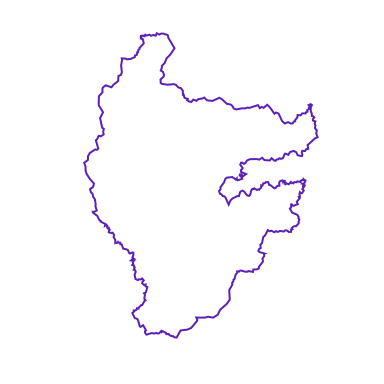 outline of Sardinata, Norte de Santander, Colombia, rotated 12°
{"feature_id": "7082276B13040058955326", "entity_name": "Sardinata", "entity_type": "district", "adm_level": 2, "iso_a3": "COL", "parent_name": "Colombia", "parent_adm1": "Norte de Santander", "projection": "mercator", "projection_center": [-72.77, 8.259], "detail": "fine", "context": "isolated", "style": "outline", "palette": "violet", "viewbox_px": 384, "rotation_deg": 12, "n_neighbors": 0, "source": "geoboundaries", "source_scale": "gbopen_adm2", "svg_char_len": 6010}
<svg xmlns="http://www.w3.org/2000/svg" viewBox="0 0 384 384"><g transform="rotate(12 192 192)"><path d="M99.1,232.0L99.8,233.0L104.3,235.0L107.2,238.7L108.6,239.1L108.7,240.0L114.0,241.3L113.9,243.2L115.2,242.1L116.3,242.8L116.4,244.2L117.1,244.2L117.3,244.9L118.0,244.4L119.4,246.1L118.8,246.7L118.9,248.7L121.4,248.9L122.6,248.3L123.7,249.1L124.9,250.4L124.6,252.2L127.0,255.0L127.6,258.0L129.2,257.3L129.9,256.2L130.5,256.8L132.4,256.5L132.7,258.0L134.1,257.9L136.5,261.7L139.8,261.7L141.7,262.4L142.9,264.5L144.1,265.1L146.4,263.4L147.2,263.6L147.8,265.7L147.3,268.5L149.4,269.5L147.7,270.2L146.6,271.6L149.4,271.5L148.7,272.7L149.3,274.3L148.7,275.8L150.5,275.9L151.0,277.5L151.7,277.7L151.2,280.1L152.4,280.2L153.6,281.8L153.0,284.8L154.8,288.8L157.5,289.4L158.1,288.5L160.2,288.1L161.2,286.9L163.2,288.5L162.2,290.2L162.3,291.7L164.3,292.8L165.9,292.1L166.1,293.8L168.1,294.3L167.7,299.9L166.1,301.0L167.3,302.1L167.5,306.2L169.1,307.6L168.2,308.4L166.8,312.9L165.8,313.2L163.9,316.2L163.9,317.2L162.4,317.1L162.3,318.5L160.9,319.9L159.7,320.0L160.1,321.1L158.8,322.7L162.2,327.2L164.7,327.5L165.9,328.6L168.8,334.2L169.8,334.6L171.9,332.5L175.8,336.9L175.0,337.9L175.2,339.3L177.1,341.0L182.1,338.3L184.7,338.3L186.1,337.3L187.8,337.6L189.3,337.0L190.7,334.5L191.4,335.2L191.8,334.2L195.8,335.2L196.5,336.4L198.7,335.7L199.7,336.7L202.1,337.2L203.6,336.9L204.7,337.7L207.2,337.6L209.6,329.8L216.2,327.5L219.4,325.2L223.8,317.0L223.8,315.8L222.3,313.9L230.8,312.2L233.5,310.7L238.8,310.5L242.7,306.7L244.0,301.3L249.1,294.5L251.3,289.5L248.8,280.2L250.8,274.0L250.1,272.7L251.1,270.5L250.8,269.1L251.7,268.2L251.8,263.9L253.2,261.2L252.7,260.3L254.8,259.9L255.0,259.2L256.3,258.6L260.5,258.9L262.9,258.4L263.6,257.6L268.2,257.5L268.1,255.1L272.1,254.0L273.4,252.6L273.0,251.3L275.9,245.2L274.8,242.5L276.0,239.5L275.2,237.6L275.9,237.1L270.8,236.7L269.5,236.3L269.1,235.4L269.6,233.7L270.9,232.5L269.8,229.5L271.1,227.3L271.1,221.0L272.4,219.6L274.1,213.5L275.8,214.3L277.5,213.4L281.1,214.2L282.3,212.8L284.2,213.2L286.2,211.8L290.0,211.6L291.1,210.1L293.2,210.0L295.1,211.0L297.2,210.3L296.8,208.1L297.9,207.5L297.1,206.7L297.6,205.6L299.1,204.2L300.8,203.9L302.9,200.5L302.4,198.8L302.7,196.5L301.6,195.7L301.5,194.2L299.7,192.4L294.2,191.3L291.2,187.8L292.2,186.3L291.5,183.5L292.1,183.3L294.0,184.5L298.0,181.9L296.5,179.8L298.8,175.5L297.4,174.6L298.4,173.6L297.5,171.7L297.6,169.8L298.6,170.6L299.9,170.3L301.0,167.4L299.3,166.1L300.3,164.0L299.3,163.5L299.4,162.7L300.4,163.2L300.9,162.6L300.7,161.8L299.4,161.8L299.3,160.9L298.6,160.9L300.0,159.9L300.6,158.3L300.6,157.2L299.3,157.0L299.2,155.9L299.0,156.7L298.2,156.1L297.9,157.5L297.0,157.5L295.5,159.1L295.9,159.6L292.8,159.7L292.4,160.7L290.0,161.1L289.2,162.5L287.3,161.9L287.1,162.3L286.6,161.7L285.0,164.3L282.7,163.9L282.2,164.6L281.9,164.0L281.4,164.5L280.4,161.8L279.2,162.2L279.0,163.4L278.1,161.9L276.1,162.8L275.3,164.5L276.2,167.7L274.6,168.1L273.5,169.2L273.2,170.5L271.9,171.3L267.3,169.0L266.0,169.1L264.5,166.5L262.0,167.1L261.5,168.2L259.9,168.7L259.6,171.1L258.3,171.1L258.7,173.3L257.1,175.8L256.3,175.6L255.2,176.5L252.1,175.5L251.7,176.4L250.5,176.3L249.5,178.8L249.6,182.2L248.7,184.0L246.4,183.7L243.0,180.8L241.2,180.1L239.8,181.1L239.1,182.0L238.8,186.3L236.9,186.7L232.8,190.1L231.4,192.2L230.5,196.7L225.8,190.3L224.5,189.5L223.0,189.7L221.4,188.2L219.7,187.9L218.2,185.4L219.4,183.5L218.8,181.5L221.3,176.1L221.9,172.3L223.1,170.7L228.4,169.0L232.1,170.7L232.9,169.3L233.4,170.9L234.2,171.1L238.4,168.6L237.6,167.3L235.2,165.9L235.3,164.7L236.8,164.5L238.4,166.2L241.2,163.2L235.8,162.2L235.4,160.1L236.5,158.9L236.4,157.8L233.5,155.3L233.9,153.1L235.1,152.8L237.0,153.7L238.2,152.6L239.2,149.8L241.8,147.9L248.5,146.3L251.0,146.4L253.5,143.9L256.1,145.7L261.5,145.0L262.8,142.4L265.9,144.1L267.3,144.1L268.0,142.6L269.6,142.1L270.5,140.8L272.3,141.1L273.9,139.9L274.8,135.3L275.9,135.0L278.4,135.7L279.6,132.5L283.0,130.7L285.7,131.4L287.7,134.1L292.0,134.1L292.3,132.8L291.1,130.2L291.3,128.8L294.1,128.4L294.8,126.3L296.7,125.6L295.3,122.1L301.2,113.9L303.5,112.3L301.3,108.9L301.3,105.8L298.9,103.9L299.0,101.4L297.7,99.4L298.0,97.3L295.4,96.9L295.1,95.5L296.1,93.7L295.0,92.8L293.4,92.7L292.7,90.0L291.4,88.4L290.6,84.7L291.2,82.0L289.7,81.4L288.0,82.7L289.5,83.8L288.8,85.2L289.5,86.2L287.7,87.9L288.2,89.5L286.9,90.4L286.8,91.5L283.4,92.2L282.3,94.4L279.3,94.8L279.5,97.3L278.0,100.1L278.2,101.4L276.8,102.0L276.5,103.8L274.5,104.5L271.5,103.7L268.5,105.7L265.4,103.9L260.4,97.3L257.6,96.8L256.3,98.3L250.6,93.0L247.4,91.0L244.5,94.8L242.4,94.3L240.9,95.9L238.4,93.3L230.7,97.8L228.6,97.9L226.7,99.2L223.7,99.7L217.8,102.1L215.6,101.7L213.4,99.3L211.6,98.4L207.8,98.5L201.9,95.0L199.1,94.2L193.2,98.6L187.7,99.2L184.4,97.1L183.1,98.2L178.8,99.9L177.5,101.8L174.1,101.4L172.6,104.1L170.4,104.0L168.2,103.2L168.6,101.9L165.1,101.4L163.9,99.2L163.1,99.0L163.4,98.2L162.6,97.7L162.0,94.9L159.5,92.7L157.0,92.6L153.9,90.5L151.7,90.3L145.9,92.1L140.3,92.5L138.8,92.0L137.8,88.5L140.1,85.3L140.4,83.5L138.6,80.5L136.2,79.7L136.7,76.7L136.3,74.9L138.5,71.4L139.3,66.6L142.2,62.1L145.0,55.0L136.9,46.2L135.7,43.6L131.3,43.0L128.8,43.5L127.3,44.8L124.5,44.1L123.9,46.7L121.6,46.4L119.5,47.7L117.7,47.0L115.0,48.4L113.6,47.9L113.3,49.5L111.3,49.2L109.6,49.9L109.6,50.8L110.4,50.7L110.1,52.6L112.2,52.8L113.9,56.7L110.7,62.1L111.0,62.9L109.9,64.5L110.2,66.5L109.4,66.7L109.5,69.3L107.9,70.3L108.0,71.9L104.3,74.6L100.5,75.8L99.3,75.3L95.6,75.9L96.2,76.9L96.3,82.8L98.5,89.4L98.1,92.3L95.9,93.8L96.7,98.8L92.8,103.5L91.5,106.3L85.4,105.6L83.3,108.0L82.9,109.4L83.7,113.2L81.0,117.6L82.7,126.5L88.4,132.5L86.7,138.8L90.8,147.8L92.6,148.6L92.6,151.5L93.6,154.0L91.4,156.4L89.0,156.5L88.2,160.0L87.2,161.4L91.3,169.0L90.3,170.5L88.5,170.5L83.9,175.1L82.8,178.9L83.6,182.2L80.5,185.8L82.6,189.3L83.5,193.3L85.1,196.1L89.3,200.4L94.4,204.2L94.1,207.8L91.7,210.3L93.1,213.2L95.1,214.5L96.3,217.2L98.6,219.5L100.4,224.1L100.4,225.8L102.7,229.9L100.3,231.8L99.1,232.0Z" fill="none" stroke="#5b21b6" stroke-width="2"/></g></svg>